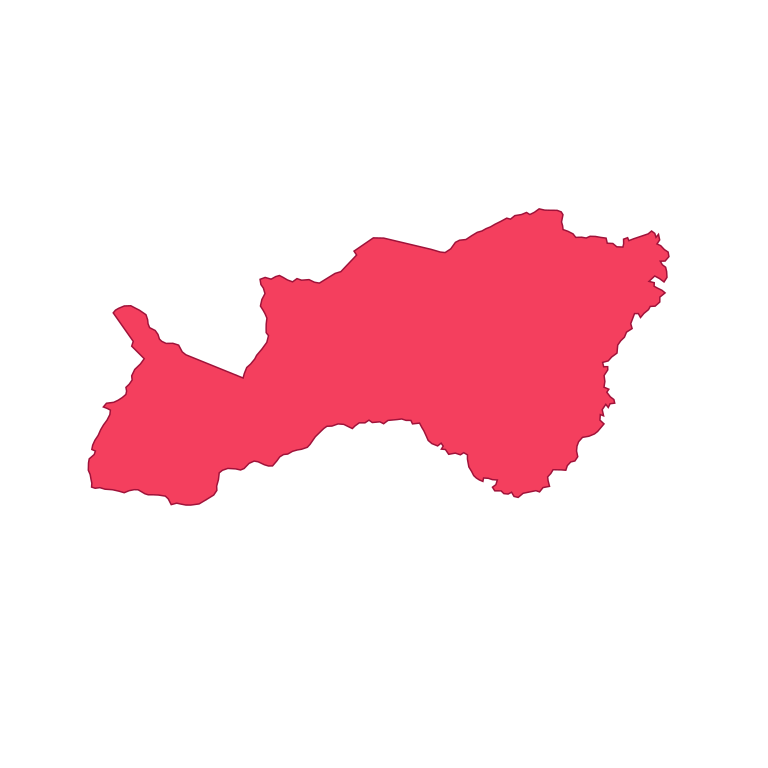 Ventania, Paraná, Brazil (Natural Earth projection), rotated 74°
{"feature_id": "56859067B80922571425855", "entity_name": "Ventania", "entity_type": "district", "adm_level": 2, "iso_a3": "BRA", "parent_name": "Brazil", "parent_adm1": "Paraná", "projection": "natural_earth1", "projection_center": [-50.238, -24.192], "detail": "fine", "context": "isolated", "style": "filled", "palette": "rose", "viewbox_px": 768, "rotation_deg": 74, "n_neighbors": 0, "source": "geoboundaries", "source_scale": "gbopen_adm2", "svg_char_len": 4246}
<svg xmlns="http://www.w3.org/2000/svg" viewBox="0 0 768 768"><g transform="rotate(74 384 384)"><path d="M394.0,130.2L388.5,126.1L385.4,123.8L386.4,120.1L390.8,119.1L387.8,114.7L385.4,109.2L382.8,106.7L383.9,101.9L381.2,96.3L376.5,94.9L373.9,88.7L370.5,91.0L367.1,94.8L364.5,97.4L361.1,96.3L358.4,101.0L354.8,94.0L358.5,90.2L363.1,86.7L359.5,82.6L353.7,81.3L349.4,81.1L346.1,83.6L342.1,84.6L343.3,79.9L340.1,75.0L335.5,74.5L332.1,77.4L327.3,79.9L324.6,83.0L321.5,79.3L315.8,78.9L318.0,82.1L313.9,82.2L310.7,84.6L312.5,88.7L312.9,97.1L313.2,103.9L313.7,109.1L310.5,109.5L310.8,113.8L315.3,115.0L318.2,116.6L316.3,122.4L312.0,125.3L310.2,130.6L305.0,130.3L302.8,135.3L300.4,140.2L298.8,145.2L299.4,149.4L297.4,153.5L295.9,159.3L291.8,160.9L287.9,165.1L284.9,169.3L281.1,168.7L277.2,168.7L270.6,165.3L267.4,166.2L264.8,169.7L262.7,176.7L261.2,181.5L258.4,186.6L260.4,192.1L261.3,197.1L258.4,199.7L259.0,205.2L258.2,211.8L260.4,217.0L258.4,220.3L259.8,226.6L261.0,233.2L262.3,238.3L262.8,243.1L263.9,247.7L263.9,252.5L265.6,258.8L267.7,265.4L266.6,271.8L267.5,276.3L272.5,282.6L274.5,289.0L272.7,293.5L270.2,297.4L267.5,301.7L243.7,344.0L240.6,354.0L248.0,376.2L252.5,374.8L264.1,394.5L264.2,400.6L269.2,418.3L267.0,422.8L263.0,427.3L261.5,434.6L258.7,438.6L260.6,443.7L257.4,448.1L253.6,451.7L250.9,454.6L250.9,458.5L252.1,463.6L248.8,468.9L249.2,474.3L254.5,474.9L258.6,473.5L264.3,473.5L269.1,478.1L275.0,481.3L280.1,479.8L283.6,479.0L288.4,478.4L293.9,480.7L297.8,481.9L302.2,483.1L305.7,481.7L311.7,485.2L316.9,491.9L321.3,498.5L324.3,501.3L328.1,506.8L330.3,511.4L335.3,515.3L339.4,517.8L301.3,566.4L297.5,569.1L290.0,570.7L286.7,575.7L284.9,582.3L281.7,585.9L278.9,587.5L274.1,587.6L269.5,589.2L265.2,593.8L261.0,594.2L257.1,593.5L251.8,593.7L248.5,596.4L245.5,598.9L243.1,601.5L239.0,605.8L237.4,612.2L238.1,618.2L239.0,621.8L241.0,624.7L273.9,613.3L278.1,616.1L293.6,607.5L297.6,612.6L301.3,619.6L306.6,624.3L310.7,625.0L314.0,629.0L316.1,633.0L319.9,633.4L322.9,635.0L324.9,639.4L326.3,644.0L327.1,648.8L326.0,656.1L328.7,660.1L331.3,656.7L333.7,654.2L337.8,655.9L342.4,660.2L346.0,664.9L349.8,668.9L354.6,672.9L358.4,677.4L362.5,680.9L366.4,682.9L368.9,679.9L371.9,682.0L374.7,688.0L378.4,689.8L385.4,692.0L390.0,691.4L394.7,691.9L398.8,692.2L402.5,693.5L404.6,690.4L405.3,685.7L408.2,681.2L410.8,674.1L414.1,668.1L416.9,663.7L416.3,658.5L416.7,653.3L417.9,649.5L423.6,644.1L425.5,641.2L426.7,636.9L428.6,631.3L431.5,625.1L434.8,623.1L441.3,621.8L441.4,616.1L443.3,612.6L445.7,607.9L447.1,603.2L448.3,594.8L446.0,586.1L443.8,578.3L440.2,574.0L436.0,573.0L430.3,569.5L424.0,566.9L422.4,563.1L422.1,557.4L424.7,550.0L427.1,545.6L426.7,541.8L423.1,535.6L422.3,530.1L424.1,526.4L428.6,521.3L431.0,517.6L432.0,513.7L428.4,508.2L425.3,504.3L424.1,500.0L424.8,495.8L423.5,490.5L423.5,485.6L424.0,481.3L423.7,475.1L421.6,471.7L415.8,464.6L412.1,457.8L410.1,454.0L408.9,450.5L410.1,445.6L409.7,439.2L411.7,433.8L414.9,430.3L418.1,426.7L416.3,423.4L414.5,418.5L416.1,413.0L414.6,408.4L417.8,405.9L419.2,398.4L422.1,395.3L420.1,390.2L420.9,386.0L421.8,381.2L422.5,376.6L425.0,372.9L426.4,368.2L430.2,367.6L431.4,360.6L436.2,359.6L439.9,358.6L445.8,357.7L450.4,357.1L454.5,354.4L458.3,349.5L456.6,345.4L460.0,344.2L462.4,346.8L463.9,343.0L469.4,341.2L470.1,334.5L473.1,330.1L472.0,326.3L475.1,323.3L479.2,324.5L483.1,324.9L487.1,325.3L492.2,323.9L496.8,323.0L499.8,321.2L502.5,318.8L504.9,315.8L501.8,314.2L503.4,309.7L505.8,306.2L507.5,301.5L511.6,304.2L513.1,308.2L517.2,307.0L519.0,300.9L522.4,299.0L524.0,295.0L523.2,291.2L527.9,290.0L530.0,286.3L527.4,280.4L528.4,267.4L530.6,264.2L527.4,259.7L528.0,253.1L522.0,252.9L518.4,252.3L516.0,248.3L513.0,245.1L515.4,237.3L517.0,233.0L513.0,230.3L510.4,226.0L510.6,221.7L507.3,217.8L501.5,217.4L496.9,215.6L493.1,212.8L490.0,207.9L490.7,201.4L490.0,195.4L488.5,191.7L485.8,187.7L483.0,183.5L478.2,186.4L473.0,184.5L475.1,181.7L468.8,181.3L464.7,176.4L468.4,174.9L465.3,172.1L466.0,167.5L462.3,167.3L458.7,170.0L453.3,172.1L451.0,169.3L447.7,173.4L442.5,171.0L436.5,170.1L432.1,165.0L429.0,164.2L427.9,168.1L423.5,167.9L423.6,162.1L420.8,157.7L418.5,151.5L415.1,150.2L411.0,148.6L407.7,144.5L405.3,140.0L401.0,136.6L399.1,130.2L394.0,130.2Z" fill="#f43f5e" stroke="#9f1239" stroke-width="1.5"/></g></svg>